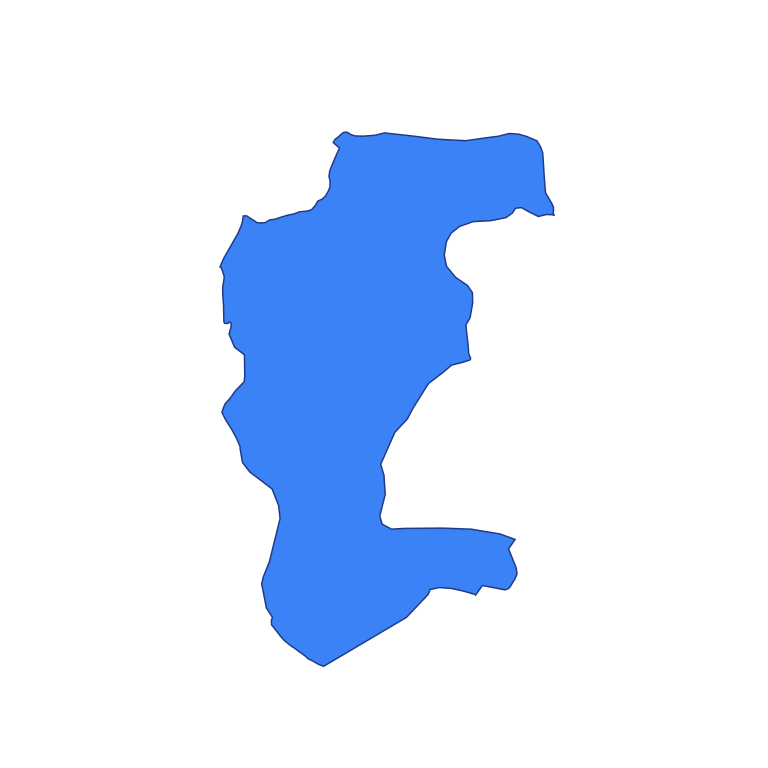 As Sukhnah, Al Hudaydah, Yemen, rotated 293°
{"feature_id": "15242507B99708697665736", "entity_name": "As Sukhnah", "entity_type": "district", "adm_level": 2, "iso_a3": "YEM", "parent_name": "Yemen", "parent_adm1": "Al Hudaydah", "projection": "robinson", "projection_center": [43.357, 14.746], "detail": "fine", "context": "isolated", "style": "filled", "palette": "blue", "viewbox_px": 768, "rotation_deg": 293, "n_neighbors": 0, "source": "geoboundaries", "source_scale": "gbopen_adm2", "svg_char_len": 3279}
<svg xmlns="http://www.w3.org/2000/svg" viewBox="0 0 768 768"><g transform="rotate(293 384 384)"><path d="M483.7,188.8L478.1,190.3L473.6,190.7L465.5,190.7L447.6,188.6L437.5,187.4L427.7,187.3L427.3,188.9L424.2,191.8L422.3,193.5L420.0,195.2L410.3,197.7L409.3,198.0L403.0,200.8L392.8,206.0L384.9,209.5L378.6,212.4L377.6,213.5L378.4,216.0L379.2,217.0L380.1,217.1L380.6,217.7L380.7,219.2L378.1,220.5L375.1,221.1L369.4,221.9L367.9,223.4L360.2,231.4L359.4,232.2L359.4,232.3L359.3,232.6L356.3,244.3L354.3,245.0L353.6,245.3L343.5,249.8L336.8,252.8L335.1,253.3L331.5,254.4L319.8,249.9L310.7,247.9L303.7,245.5L299.1,245.5L294.6,245.9L289.7,251.5L282.7,261.5L276.4,269.5L270.3,275.9L268.5,276.7L268.2,276.8L267.2,277.5L263.9,279.6L256.5,284.4L255.4,286.3L250.6,294.8L250.2,296.3L245.6,314.5L243.6,322.1L230.9,334.5L219.6,340.9L175.3,348.0L159.1,348.3L152.0,349.6L145.5,354.1L131.9,363.2L125.5,372.6L122.7,372.6L121.0,373.4L118.4,374.6L116.8,377.6L115.0,380.9L113.9,382.8L110.8,388.4L108.9,392.6L106.7,400.1L105.9,404.7L104.4,410.6L103.0,417.2L101.4,421.4L101.1,426.9L100.4,432.7L100.5,438.1L100.4,438.6L177.9,495.8L207.3,506.8L212.9,506.8L213.1,507.1L218.3,514.5L222.1,525.8L224.3,537.3L225.9,550.4L225.6,550.8L236.4,553.2L237.0,553.3L239.2,563.8L240.9,571.8L241.8,575.8L242.6,576.8L244.0,578.2L245.1,578.8L246.1,579.2L249.2,579.7L255.7,580.7L260.9,580.7L266.2,577.7L281.0,563.0L282.5,563.3L283.5,563.6L291.0,565.2L292.1,565.4L291.4,551.7L291.3,549.4L287.9,535.4L287.1,532.2L284.4,520.8L281.3,512.8L274.7,495.4L268.8,481.7L259.1,459.4L257.5,456.1L256.4,453.8L253.3,447.7L253.4,446.6L254.2,437.1L256.4,435.3L260.8,431.7L277.5,429.1L282.8,428.3L284.8,427.3L296.6,421.3L299.9,419.7L308.8,412.3L343.8,412.9L346.0,413.7L351.8,415.8L358.1,418.1L360.9,419.1L361.1,419.2L372.6,420.1L378.4,421.0L394.8,423.6L398.4,424.2L402.3,425.0L417.2,433.5L427.9,438.9L432.3,444.8L435.8,449.3L439.8,453.8L441.4,453.8L444.9,450.2L452.8,446.1L463.1,440.3L470.4,436.3L478.2,437.3L478.7,437.3L493.1,434.0L496.3,432.6L502.6,429.7L507.3,422.3L510.0,408.9L510.1,408.4L512.8,403.1L516.7,395.6L523.5,391.0L526.2,389.1L537.5,386.3L539.6,385.8L549.1,386.8L551.4,388.1L558.7,392.1L568.3,402.6L571.8,409.7L572.1,410.4L572.4,411.0L576.1,418.5L580.5,425.0L581.5,426.4L582.6,428.0L584.8,431.2L590.8,435.0L591.5,435.4L597.2,436.4L600.1,441.7L599.2,449.2L598.5,460.6L603.1,466.8L603.3,466.9L605.4,472.2L605.8,474.5L607.7,472.8L609.9,472.3L612.8,471.0L615.6,468.1L623.2,457.9L629.3,454.7L629.8,454.5L634.0,452.3L642.9,447.7L644.7,446.9L658.7,439.8L659.9,438.8L663.6,435.3L667.6,429.7L667.6,425.2L667.6,418.4L667.1,414.7L666.6,410.5L663.6,401.5L656.7,392.4L655.2,389.8L649.6,380.3L648.8,378.9L645.8,374.0L639.9,364.2L634.0,348.0L630.1,337.1L624.1,315.7L616.4,290.0L615.3,286.3L609.5,278.6L603.9,267.8L601.1,260.6L600.6,256.1L601.1,253.6L601.1,253.3L601.3,252.5L601.0,250.5L599.8,248.6L597.9,247.3L595.4,246.3L593.1,245.1L591.4,244.1L590.2,243.4L586.4,242.9L583.8,250.8L574.8,250.6L572.3,250.6L569.3,250.6L565.3,250.7L559.3,250.7L553.7,252.2L549.5,255.2L544.0,257.3L539.5,257.3L534.4,256.8L529.9,254.8L526.5,251.6L521.7,251.0L516.2,249.3L513.2,245.8L509.5,239.0L505.2,234.4L501.5,229.1L496.7,223.3L493.0,219.2L490.6,214.9L485.7,211.2L482.9,204.4L485.1,191.8L483.7,188.8Z" fill="#3b82f6" stroke="#1e3a8a" stroke-width="1.5"/></g></svg>